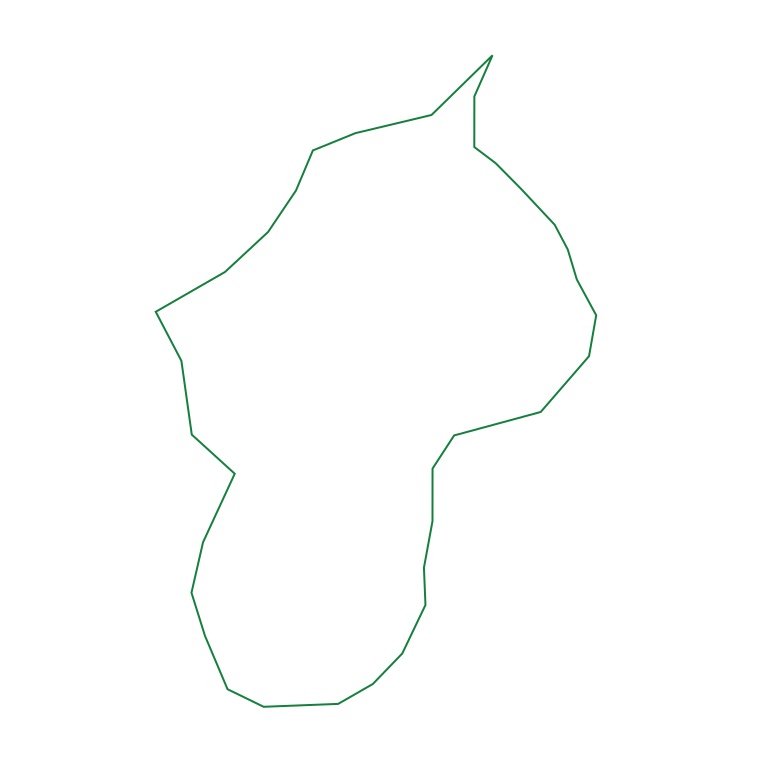 Agios Sozomenos, Nicosia, Cyprus, rotated 352°
{"feature_id": "46923920B46638868756169", "entity_name": "Agios Sozomenos", "entity_type": "district", "adm_level": 2, "iso_a3": "CYP", "parent_name": "Cyprus", "parent_adm1": "Nicosia", "projection": "mercator", "projection_center": [33.446, 35.069], "detail": "fine", "context": "isolated", "style": "outline", "palette": "green", "viewbox_px": 768, "rotation_deg": 352, "n_neighbors": 0, "source": "geoboundaries", "source_scale": "gbopen_adm2", "svg_char_len": 585}
<svg xmlns="http://www.w3.org/2000/svg" viewBox="0 0 768 768"><g transform="rotate(352 384 384)"><path d="M603.7,345.5L589.5,307.4L584.7,276.4L575.2,250.1L546.7,209.6L525.4,181.0L506.4,161.9L513.5,111.8L537.2,73.6L468.5,124.2L390.6,131.6L346.1,142.8L323.8,180.1L290.4,217.3L242.2,250.9L168.0,280.7L186.6,332.9L186.6,407.4L223.7,452.1L182.8,515.5L164.3,563.9L171.7,608.6L186.6,664.5L219.9,686.9L294.1,694.4L331.2,679.5L364.6,653.4L394.3,608.6L398.0,571.4L412.9,526.7L420.3,474.5L446.3,444.7L535.3,433.5L590.9,385.0L603.7,345.5Z" fill="none" stroke="#15803d" stroke-width="2"/></g></svg>